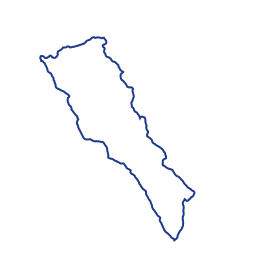 Martinópolis, São Paulo, Brazil (Robinson projection), rotated 315°
{"feature_id": "56859067B60497453686777", "entity_name": "Martinópolis", "entity_type": "district", "adm_level": 2, "iso_a3": "BRA", "parent_name": "Brazil", "parent_adm1": "São Paulo", "projection": "robinson", "projection_center": [-51.128, -22.2], "detail": "fine", "context": "isolated", "style": "outline", "palette": "blue", "viewbox_px": 256, "rotation_deg": 315, "n_neighbors": 0, "source": "geoboundaries", "source_scale": "gbopen_adm2", "svg_char_len": 5227}
<svg xmlns="http://www.w3.org/2000/svg" viewBox="0 0 256 256"><g transform="rotate(315 128 128)"><path d="M99.3,85.0L99.0,86.7L97.8,87.0L96.2,87.6L94.8,89.0L94.6,90.3L93.8,91.6L93.2,92.6L89.7,103.3L89.5,104.4L89.8,105.4L90.2,106.4L91.2,107.4L92.3,108.4L93.4,109.3L93.8,110.7L94.0,112.1L94.7,113.1L95.2,114.2L96.3,114.9L96.9,115.9L97.7,116.4L98.4,117.5L98.9,118.5L99.3,119.3L100.1,119.8L100.4,121.1L100.0,122.8L99.7,124.4L99.5,126.0L99.0,127.4L97.5,129.1L97.0,129.9L96.5,130.8L95.2,132.9L94.6,133.6L93.7,134.2L93.1,135.0L93.6,136.6L94.6,138.2L95.3,139.4L95.4,140.7L95.7,142.0L96.4,142.9L96.5,144.4L97.3,146.1L97.5,147.3L98.0,148.4L99.1,149.2L99.8,149.9L99.8,151.1L99.4,152.4L99.3,153.8L98.8,154.9L98.9,156.0L99.1,157.0L99.7,158.4L100.0,159.8L98.9,160.5L98.1,161.7L98.2,163.0L98.7,164.4L98.9,165.8L98.8,167.0L98.3,168.0L98.3,169.5L98.1,170.9L97.9,172.1L97.6,173.1L97.2,174.3L96.5,175.6L96.5,177.1L95.9,178.4L95.8,180.1L95.4,181.8L95.8,183.5L96.0,185.1L95.3,186.4L94.2,187.2L93.7,188.6L93.3,190.3L92.7,192.1L92.2,193.6L92.1,195.2L91.8,196.1L91.3,196.9L90.8,198.2L90.2,199.6L89.1,201.1L88.7,202.1L88.4,203.2L88.3,204.4L88.1,205.8L87.9,207.2L87.7,208.6L87.2,209.7L87.1,211.0L87.3,212.7L87.4,214.1L86.5,214.8L85.6,215.3L85.0,215.9L84.8,216.8L84.4,217.8L84.3,219.0L83.7,220.0L83.4,221.1L82.8,222.4L82.4,223.7L82.0,224.7L81.5,225.5L81.6,226.4L81.2,227.6L81.3,229.1L81.5,230.1L81.6,231.3L81.6,233.0L81.6,234.3L81.3,235.9L81.4,237.3L82.1,238.7L81.3,240.1L82.5,240.3L83.8,240.5L85.2,240.3L86.0,240.1L86.8,239.4L87.9,238.7L88.9,238.4L89.9,238.1L91.1,237.9L92.0,237.5L92.9,237.5L93.7,237.5L94.9,237.1L96.2,236.7L97.2,236.2L98.3,235.6L99.2,234.6L100.0,234.1L100.7,233.3L101.3,232.3L102.1,231.5L102.7,230.5L104.2,229.5L105.7,228.8L106.7,228.0L107.7,226.9L108.3,226.0L109.2,225.2L110.0,224.6L111.1,223.7L112.1,222.5L112.5,221.5L113.3,220.2L114.3,219.4L115.1,219.1L116.0,219.0L116.9,218.7L117.8,218.5L117.9,220.0L118.0,221.1L119.1,221.8L120.1,221.8L121.1,221.7L122.1,222.0L123.1,221.6L124.0,221.8L125.5,222.1L126.6,222.0L127.5,221.5L129.1,220.9L129.7,220.0L129.7,218.9L129.2,217.9L129.1,217.0L129.0,215.5L128.8,214.3L128.5,213.3L128.3,212.1L128.5,210.7L128.5,209.6L128.5,208.0L128.6,206.8L129.0,205.4L129.3,204.0L129.3,203.0L129.2,202.0L129.4,199.9L129.2,197.9L128.6,196.6L128.4,195.3L128.6,193.6L129.1,191.5L129.4,190.3L129.8,189.1L129.3,187.9L128.9,187.1L128.1,185.8L127.5,184.4L127.2,183.2L127.0,181.8L127.0,180.8L126.3,179.1L127.0,177.9L127.9,177.4L129.2,175.9L130.1,175.5L131.6,175.5L132.6,176.0L133.6,176.3L135.0,174.7L135.3,173.8L135.9,172.7L136.7,171.5L136.6,170.2L136.9,169.0L137.4,167.8L137.2,166.5L136.9,164.3L136.5,162.3L136.2,161.2L135.7,160.0L135.7,158.4L135.2,156.9L135.2,155.4L136.1,153.9L136.5,152.8L136.4,151.5L136.3,150.4L136.0,149.1L135.8,147.2L136.6,146.3L138.4,145.5L139.2,145.1L139.8,144.4L140.0,142.4L141.6,140.2L142.8,139.5L143.9,137.1L144.6,136.1L145.2,135.4L146.3,134.2L147.0,133.2L147.1,132.0L146.6,131.1L146.0,129.9L144.8,129.1L143.5,129.5L144.3,127.9L144.7,126.3L144.8,125.2L145.2,123.6L144.9,122.5L144.6,121.3L144.8,119.9L145.7,118.4L145.8,117.4L145.7,116.1L146.7,114.7L147.6,113.3L148.4,112.4L149.6,112.1L150.6,111.9L151.6,111.1L152.6,110.7L154.4,109.8L155.6,108.0L156.3,106.8L156.9,105.8L157.3,105.0L158.1,104.5L158.9,104.2L159.4,103.3L159.2,101.7L158.5,101.1L157.9,100.5L157.1,99.5L156.7,98.3L157.4,95.7L157.8,94.4L157.7,92.9L158.0,91.2L157.5,89.7L157.9,88.1L158.9,86.6L159.7,85.7L161.0,84.9L162.1,84.8L162.9,85.0L164.2,85.0L163.6,81.7L164.0,80.4L164.3,79.5L164.6,78.0L165.5,77.0L165.6,75.8L165.5,74.3L165.5,72.5L165.2,71.5L164.4,70.5L164.1,68.9L164.7,67.4L164.7,65.8L164.5,64.6L163.5,63.1L163.3,61.8L163.8,60.5L164.4,59.5L164.5,58.5L164.7,57.5L165.5,56.7L166.5,56.0L167.4,55.7L168.0,54.4L167.7,52.8L168.5,51.8L169.6,51.7L170.7,52.4L171.6,52.6L172.5,52.5L173.2,52.0L174.0,51.3L174.3,50.4L174.4,48.5L174.8,47.2L174.0,46.4L172.6,45.7L172.1,44.4L171.6,43.6L170.9,42.6L169.6,41.8L168.4,41.1L168.4,40.1L167.3,39.1L166.1,38.7L164.8,38.7L163.7,38.7L161.7,37.7L160.2,37.1L158.3,37.5L157.5,37.1L156.1,37.2L155.2,36.4L154.2,36.1L152.9,35.3L151.9,34.8L150.7,34.4L149.7,33.7L148.4,33.0L147.3,32.5L146.3,31.5L145.0,30.8L143.9,30.0L143.8,28.7L143.0,27.5L141.9,27.3L141.0,27.0L140.1,26.3L139.5,25.5L138.7,25.1L137.8,25.4L136.4,25.3L135.2,25.2L133.9,24.7L132.8,24.4L131.2,25.1L130.5,26.4L128.8,26.9L127.4,27.0L126.2,26.9L125.5,26.3L124.9,25.4L124.4,24.3L124.7,23.2L124.5,22.2L123.8,21.5L122.8,21.8L121.7,21.3L120.5,21.2L119.6,20.8L118.8,19.4L118.9,18.0L118.5,16.8L117.8,16.0L117.1,15.5L115.3,16.5L114.8,18.3L114.0,19.1L114.8,20.0L114.9,21.1L114.7,22.2L114.9,23.4L114.2,24.6L114.0,25.8L113.6,27.0L113.1,28.0L112.7,29.1L112.3,29.9L111.6,30.7L111.3,31.6L111.5,32.6L111.8,34.0L112.1,35.2L111.3,36.8L110.9,38.1L110.8,39.1L110.5,40.0L109.9,40.8L109.3,41.5L109.2,42.6L108.4,43.8L108.0,44.7L107.6,45.7L107.0,46.7L106.1,47.6L105.8,49.1L106.1,50.5L106.8,51.7L106.8,52.6L107.2,53.8L107.9,55.5L108.4,56.9L108.6,58.2L108.7,59.5L108.9,60.5L109.3,61.9L109.1,64.0L108.2,64.4L106.8,64.3L105.9,64.9L104.7,65.9L103.9,67.0L103.6,68.0L103.1,68.8L102.8,69.6L102.6,70.6L102.8,71.8L102.2,73.9L101.4,74.6L100.9,75.4L101.1,76.4L100.8,77.5L100.5,79.6L100.2,81.7L100.3,83.1L100.0,84.4L99.3,85.0Z" fill="none" stroke="#1e3a8a" stroke-width="2"/></g></svg>